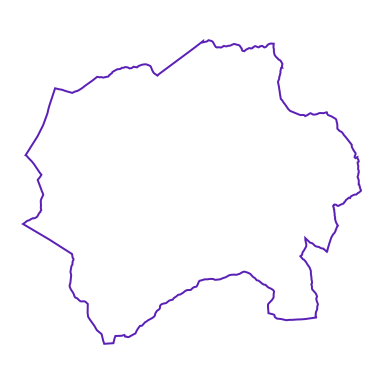 the district of Fardea, Timis, Romania
{"feature_id": "2599482B51833056791776", "entity_name": "Fardea", "entity_type": "district", "adm_level": 2, "iso_a3": "ROU", "parent_name": "Romania", "parent_adm1": "Timis", "projection": "mercator", "projection_center": [22.228, 45.733], "detail": "fine", "context": "isolated", "style": "outline", "palette": "violet", "viewbox_px": 384, "rotation_deg": 0, "n_neighbors": 0, "source": "geoboundaries", "source_scale": "gbopen_adm2", "svg_char_len": 5909}
<svg xmlns="http://www.w3.org/2000/svg" viewBox="0 0 384 384"><path d="M316.1,317.5L316.1,316.8L315.5,315.8L315.9,314.4L315.7,313.5L316.0,311.9L317.1,309.6L317.3,306.4L317.9,304.6L317.7,303.5L316.8,301.2L316.3,299.2L316.3,298.4L317.0,296.8L316.9,296.4L316.7,295.4L315.6,293.2L312.3,289.5L312.0,288.6L311.9,286.0L311.3,284.4L312.0,283.3L311.9,281.0L311.5,279.2L311.4,277.1L310.9,274.0L310.9,271.7L310.7,270.4L309.5,267.3L307.6,264.8L306.0,262.0L304.0,259.7L302.9,259.2L300.4,256.2L301.0,255.8L302.1,254.7L302.2,253.8L302.8,252.0L304.1,250.2L306.1,246.6L306.3,245.8L306.3,244.4L305.4,240.3L305.3,238.1L310.0,242.6L312.5,243.4L315.2,246.0L316.1,246.4L319.2,247.1L320.4,247.9L322.1,248.5L323.4,248.6L324.6,249.9L325.6,250.5L325.9,250.9L326.9,251.8L327.3,251.2L327.6,249.3L329.3,243.5L331.3,237.5L333.2,234.2L334.4,233.0L335.0,232.0L335.7,230.5L335.8,229.6L336.2,229.0L336.9,227.1L337.2,226.4L337.9,225.8L336.0,222.3L335.2,219.5L335.0,218.6L335.2,217.9L334.6,215.3L334.7,214.6L334.5,212.4L334.2,211.5L334.3,209.9L333.8,209.1L333.9,208.2L333.1,206.1L333.9,205.4L333.9,204.8L334.8,204.5L336.2,204.8L337.4,205.8L338.4,205.9L339.9,205.0L343.0,203.7L343.7,203.3L344.1,202.4L345.1,201.6L345.8,200.2L348.9,197.7L350.0,198.1L350.6,197.0L351.2,196.2L352.5,195.5L354.6,194.6L356.4,194.5L357.7,193.1L358.7,192.7L360.9,190.9L361.0,190.5L359.8,187.3L359.9,186.9L359.0,184.1L358.7,184.2L358.8,180.7L358.1,178.1L357.6,177.2L357.6,176.7L358.3,174.8L358.3,173.4L358.6,173.0L358.8,172.5L358.7,170.6L358.1,169.1L358.3,165.9L357.9,164.7L357.6,162.5L357.6,162.4L358.1,162.2L358.7,161.6L358.5,160.2L357.2,157.9L357.4,157.7L357.4,157.1L355.5,158.1L354.6,157.2L354.7,156.3L355.6,154.2L355.6,153.2L353.7,150.5L352.3,147.9L351.8,146.8L351.7,145.9L351.8,144.9L345.8,137.2L344.1,135.3L342.2,132.5L341.0,131.6L339.5,130.9L338.1,129.4L337.7,129.2L337.4,128.7L337.3,127.8L337.4,126.9L337.2,123.5L336.8,122.6L336.7,121.7L336.3,119.9L335.7,118.9L331.7,116.5L328.0,115.0L327.2,113.9L326.9,113.0L326.9,112.4L326.6,112.3L323.3,113.2L320.0,113.0L319.1,113.2L316.5,114.3L314.4,114.6L312.9,114.5L310.6,113.2L309.5,113.6L307.5,115.0L305.2,116.1L304.7,115.4L303.0,114.9L301.2,115.1L299.6,114.8L290.1,110.9L288.3,109.1L285.0,104.3L283.1,101.9L282.3,100.4L280.8,98.9L279.8,92.8L279.6,90.7L279.3,89.6L279.1,87.6L278.0,82.1L278.1,81.5L279.2,78.7L279.3,76.9L279.7,75.9L280.5,72.6L280.4,71.2L281.2,67.8L281.4,67.6L282.3,67.7L281.9,66.3L282.4,64.1L282.3,63.7L280.7,60.9L280.0,60.2L278.4,59.4L277.7,58.4L276.1,57.0L274.6,54.9L273.9,51.8L273.9,49.6L273.8,48.5L273.5,47.7L273.5,46.3L273.7,43.7L271.8,43.6L271.1,43.5L269.0,44.0L267.8,44.8L267.0,45.6L266.4,46.6L264.8,47.4L264.1,47.3L262.3,45.9L260.9,46.1L260.4,46.5L259.7,46.4L259.2,47.0L258.6,47.3L258.2,47.3L255.6,46.2L254.7,46.2L253.4,47.3L252.7,47.5L252.4,48.2L250.5,48.5L249.8,48.1L249.1,48.1L245.8,49.8L244.3,51.2L244.1,51.2L242.4,50.7L241.9,49.9L241.7,48.4L241.1,47.9L239.8,45.8L239.3,45.4L238.7,45.1L236.0,44.5L234.9,44.0L234.3,44.0L232.5,44.5L230.1,45.7L228.1,45.8L226.9,46.3L225.5,46.3L223.9,45.9L221.7,47.3L220.8,47.5L218.2,47.2L217.2,47.5L216.0,47.1L215.3,46.3L212.7,41.7L211.5,41.0L208.5,40.2L207.0,41.4L202.7,42.4L202.9,41.2L195.3,47.1L158.7,74.3L157.5,75.6L154.3,73.4L153.5,72.6L152.0,69.8L151.2,67.6L150.6,66.3L149.3,65.5L146.8,64.5L145.8,64.3L144.1,64.4L142.1,64.7L138.5,66.0L137.7,66.9L137.0,67.4L136.4,67.1L135.1,67.1L133.7,66.7L131.6,68.1L129.5,68.4L127.8,67.4L125.6,67.1L124.8,67.2L123.5,67.8L122.0,67.8L120.2,69.0L117.2,69.3L113.2,71.5L112.4,72.1L111.8,73.3L110.9,73.8L109.6,75.0L109.3,75.1L108.4,76.5L103.0,77.6L101.4,77.1L99.8,77.3L97.2,76.8L92.4,80.6L86.0,85.1L81.7,88.4L77.6,90.9L75.4,91.4L72.2,92.9L65.2,90.9L61.9,89.7L59.3,89.3L55.1,88.3L49.3,105.8L48.3,109.5L47.4,113.5L43.2,125.0L37.6,136.2L25.6,155.2L26.3,155.5L28.4,157.9L31.9,161.5L33.9,164.0L39.9,172.9L41.4,174.7L40.2,176.8L37.8,179.8L37.7,180.0L41.4,189.8L41.9,191.4L42.8,193.2L42.9,193.9L43.2,194.4L43.2,195.0L41.4,198.7L40.8,200.4L40.8,202.9L41.0,204.7L40.8,208.0L41.2,209.8L41.2,210.2L40.5,211.0L40.4,211.9L39.2,213.1L37.2,216.7L35.1,218.0L33.5,218.4L32.9,218.2L30.5,219.4L29.2,220.3L27.8,220.6L26.8,221.1L24.9,222.7L23.0,224.0L49.4,239.6L72.0,254.0L72.7,257.9L73.4,258.7L73.5,259.6L72.6,261.6L72.4,264.7L71.9,265.3L71.4,266.3L70.5,271.5L70.5,272.2L71.2,275.1L70.3,283.3L69.8,284.3L69.6,286.4L70.7,289.1L73.4,293.3L74.7,296.8L75.3,297.5L77.3,298.4L79.2,300.3L80.4,301.2L81.2,301.4L84.5,301.3L85.7,302.0L87.8,304.0L87.6,312.7L88.1,316.7L89.7,319.3L94.6,326.2L96.1,328.9L97.0,330.3L101.6,334.1L103.2,340.7L104.2,343.8L113.4,343.2L114.5,338.6L115.4,336.0L121.4,335.8L124.4,335.0L125.1,336.6L125.4,336.7L126.2,336.5L127.5,337.1L128.8,337.0L133.7,334.3L135.4,333.5L136.6,330.9L138.0,328.5L140.0,325.9L141.9,325.7L142.3,325.4L144.9,322.4L146.6,321.4L148.0,320.3L152.5,317.9L154.5,316.2L154.8,315.7L155.3,313.6L156.4,311.6L156.9,310.9L159.1,309.4L159.5,308.9L160.0,307.8L159.9,307.1L160.2,305.6L161.1,304.6L161.7,304.2L163.3,303.6L166.1,303.1L168.9,300.8L170.0,300.3L172.8,299.6L173.7,298.2L176.2,296.5L177.7,295.2L178.2,294.8L180.2,294.5L183.3,292.6L184.5,291.5L186.6,290.2L188.3,290.0L190.2,290.0L191.1,289.7L192.1,288.5L193.6,287.4L194.6,287.0L196.3,286.7L196.7,286.3L197.6,284.7L198.7,282.0L199.5,280.8L202.0,280.2L204.7,279.3L207.4,279.3L210.5,278.9L213.2,279.0L215.0,279.8L215.8,279.8L220.2,279.3L223.2,278.0L225.6,277.3L229.1,275.3L231.2,274.8L234.4,274.6L236.4,274.8L239.7,273.8L242.4,272.2L243.9,271.7L245.1,271.8L248.4,272.9L250.4,274.0L253.0,276.9L254.8,278.0L256.7,280.2L258.6,280.7L259.2,281.1L262.4,283.8L263.9,284.6L265.5,284.8L267.4,286.7L268.4,287.5L270.9,288.6L272.4,289.5L273.5,290.4L273.9,291.2L274.0,291.6L273.6,294.9L273.6,297.1L273.4,297.9L271.8,300.2L269.0,303.1L268.2,304.1L268.0,304.8L268.0,307.1L268.5,313.2L272.9,314.3L274.3,314.9L274.9,317.1L277.0,318.6L281.0,319.0L286.4,320.2L289.9,319.8L291.6,319.9L296.8,319.5L300.5,319.4L304.8,319.1L316.1,317.5Z" fill="none" stroke="#5b21b6" stroke-width="2"/></svg>